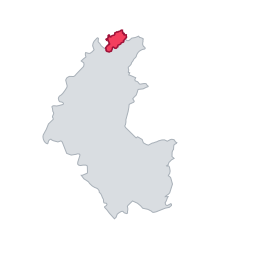 Lola, Lola, Guinea (highlighted), rotated 225°
{"feature_id": "49546643B14657084308206", "entity_name": "Lola", "entity_type": "district", "adm_level": 2, "iso_a3": "GIN", "parent_name": "Guinea", "parent_adm1": "Lola", "projection": "natural_earth1", "projection_center": [-8.248, 8.016], "detail": "fine", "context": "in_parent", "style": "filled", "palette": "rose", "viewbox_px": 256, "rotation_deg": 225, "n_neighbors": 0, "source": "geoboundaries", "source_scale": "gbopen_adm2", "svg_char_len": 6375}
<svg xmlns="http://www.w3.org/2000/svg" viewBox="0 0 256 256"><g transform="rotate(225 128 128)"><path d="M153.0,167.5L151.2,167.2L150.4,167.6L148.1,170.8L146.6,172.1L144.4,171.7L143.6,171.9L143.0,171.5L143.8,169.8L145.0,166.3L147.9,162.7L148.0,162.0L146.8,159.9L145.5,157.1L145.5,154.1L145.3,152.0L142.7,151.4L142.3,151.0L142.2,150.3L143.6,146.5L143.8,145.7L143.6,145.1L142.0,143.2L139.5,139.6L135.3,132.3L133.7,130.8L132.2,128.6L131.7,127.1L130.1,126.6L115.3,126.7L115.0,128.6L109.9,129.9L106.7,128.4L103.3,129.3L101.5,130.3L100.2,134.5L99.5,135.4L98.7,137.3L98.0,138.4L97.3,140.5L95.6,143.5L93.8,145.4L90.9,146.4L89.9,149.6L89.2,150.8L88.1,151.7L86.9,152.3L84.4,151.7L83.1,152.2L82.9,151.4L83.6,149.0L83.0,147.7L80.7,145.1L80.5,143.8L79.8,142.2L76.7,138.9L73.9,139.1L74.7,136.3L74.7,132.6L73.7,130.6L74.0,128.5L73.4,128.6L72.5,130.0L70.9,129.6L67.8,127.4L66.3,125.2L66.1,123.4L65.7,122.7L64.8,123.1L62.8,123.1L56.9,119.8L52.7,111.7L52.6,109.8L53.2,106.7L53.1,105.8L51.1,107.9L50.8,106.5L49.3,103.2L48.9,101.4L47.4,100.5L46.3,100.4L45.4,101.0L44.2,104.8L43.4,104.8L42.5,104.0L42.7,101.1L45.0,97.6L48.9,88.5L50.2,86.5L51.1,85.8L52.9,85.7L56.5,84.5L60.8,81.7L64.1,81.9L68.1,81.5L73.2,79.6L73.3,73.5L73.1,72.2L71.3,71.0L70.2,69.9L69.3,68.6L68.2,67.6L68.3,66.6L70.6,65.4L72.6,65.4L73.3,64.9L73.8,64.0L74.4,61.8L74.7,59.5L73.3,56.4L73.4,54.2L80.9,54.6L85.0,55.2L88.4,55.3L88.9,55.8L88.4,58.0L88.9,59.2L90.0,59.5L91.9,58.1L92.9,58.4L95.0,60.2L96.9,60.7L99.0,61.7L101.0,62.3L102.8,62.2L104.2,63.3L106.7,63.6L109.9,62.3L112.4,61.7L116.0,61.6L117.9,62.0L123.3,60.9L127.6,61.5L126.9,62.2L124.9,67.1L125.2,67.9L129.5,72.0L130.5,72.4L131.7,71.8L133.6,69.9L135.1,67.8L136.5,66.9L138.1,66.9L139.4,68.4L142.5,74.4L143.3,75.2L144.0,75.2L145.4,74.1L146.1,72.7L149.0,68.7L153.4,66.7L163.9,71.3L165.4,71.7L166.4,71.3L167.7,68.6L171.6,66.3L173.5,65.6L174.6,65.6L175.0,64.8L175.2,63.7L175.0,62.6L173.8,60.5L173.8,59.9L174.5,59.5L176.0,59.2L177.9,59.4L180.1,60.3L181.9,61.6L183.0,63.1L184.9,69.5L187.1,74.6L187.0,81.3L188.0,82.0L189.1,82.3L189.6,82.8L190.7,85.6L191.7,86.4L192.9,86.6L195.2,88.4L196.7,89.1L196.9,89.6L196.8,90.3L196.2,91.3L194.0,93.1L192.9,94.7L190.7,98.5L190.6,99.2L191.1,99.8L192.0,99.9L193.0,99.6L195.1,98.2L196.7,98.7L198.3,99.8L198.8,100.9L199.0,102.3L198.6,104.2L198.6,106.3L199.1,109.8L199.9,113.4L200.7,114.7L205.9,117.8L206.4,119.0L206.7,120.3L206.3,122.1L205.8,123.2L202.9,125.9L202.5,127.3L202.7,129.7L202.9,140.2L204.1,141.9L205.4,142.8L208.5,142.3L208.4,145.2L208.0,148.5L209.8,149.5L210.8,150.5L211.3,151.4L208.4,153.1L207.6,154.1L207.2,156.8L207.3,159.3L211.1,161.1L212.6,163.2L213.3,165.4L213.5,169.5L213.2,170.4L212.2,170.4L210.2,167.9L207.2,167.7L205.0,167.2L201.2,167.5L200.6,168.3L200.2,173.7L201.1,174.6L202.8,175.7L204.0,176.1L205.0,176.0L205.7,176.7L205.9,178.5L205.4,179.8L204.4,181.0L203.2,184.2L203.4,187.0L201.3,191.7L200.7,192.6L197.9,191.6L196.1,191.3L194.8,192.5L193.0,190.7L192.7,189.3L192.0,189.0L190.8,189.0L189.6,189.8L189.1,191.2L188.9,194.2L186.9,197.0L185.4,200.5L183.8,200.2L183.4,200.6L181.6,201.5L180.1,201.8L179.7,200.8L178.8,200.1L177.8,198.6L176.7,197.4L174.6,196.6L173.7,196.9L172.7,196.8L172.1,196.4L172.1,195.6L173.3,193.8L173.9,192.1L174.3,190.3L174.3,188.6L173.7,186.1L172.7,184.2L172.5,183.1L172.6,181.5L172.4,180.0L172.0,179.2L171.6,176.3L171.0,175.8L170.7,173.6L170.8,171.2L170.0,170.4L168.7,169.7L167.9,168.8L167.4,167.8L167.0,167.5L166.6,167.6L166.2,168.2L165.8,168.3L165.0,166.1L164.7,166.1L164.1,166.6L158.1,169.0L157.3,166.9L156.2,166.5L154.2,167.4L153.0,167.5Z" fill="#d9dde1" stroke="#a8b0b8" stroke-width="1"/><path d="M195.3,173.2L195.8,173.7L195.8,174.0L195.9,174.3L195.7,174.8L195.4,174.9L194.9,175.0L194.6,175.1L194.3,175.2L193.7,175.1L193.4,175.5L193.1,175.6L192.9,175.8L192.8,176.1L192.7,176.4L192.7,176.7L192.8,177.0L192.9,177.4L192.9,177.5L192.8,177.8L192.6,178.2L192.7,178.4L193.0,178.5L193.4,179.0L193.5,179.3L193.6,179.8L193.3,180.2L192.9,181.0L192.8,181.5L192.7,182.0L192.6,182.4L192.7,182.7L192.9,183.1L193.0,183.4L192.9,183.7L192.8,183.9L192.7,184.1L192.6,184.4L192.5,184.5L192.1,185.2L192.0,185.6L192.1,186.1L192.3,186.3L192.7,186.4L193.0,186.6L193.0,187.1L192.9,187.5L193.0,188.7L193.0,188.8L193.1,189.1L193.2,189.3L193.2,190.0L193.0,190.7L193.0,190.8L193.2,191.0L193.4,191.3L194.8,192.2L194.9,192.3L195.1,192.6L195.9,191.8L196.4,191.2L196.7,191.1L196.8,191.1L197.0,191.1L197.2,191.5L197.3,191.6L197.3,192.0L197.5,192.1L197.8,192.1L198.1,192.0L198.6,191.4L198.8,191.4L199.1,191.4L199.2,191.5L199.2,191.8L199.3,191.9L199.4,192.0L200.1,192.3L200.6,192.7L200.8,192.7L201.1,193.2L201.3,193.1L201.6,192.9L201.8,192.6L201.9,192.3L202.0,192.1L202.1,191.9L202.1,191.1L202.1,190.9L202.5,190.2L202.8,189.9L202.8,189.6L202.9,189.1L202.9,188.9L203.1,188.6L203.2,188.4L203.5,188.3L203.8,188.3L203.9,188.1L204.0,187.7L204.0,187.3L204.1,186.8L204.5,186.3L204.5,186.0L204.5,185.8L204.4,185.7L204.2,185.5L203.5,184.8L203.4,184.5L203.4,184.4L203.4,184.1L203.6,183.7L203.9,183.3L204.1,182.9L204.4,182.2L204.6,181.7L204.7,181.4L204.9,180.6L204.6,180.3L204.7,180.2L204.8,180.0L205.0,179.8L205.2,179.7L205.3,179.7L205.4,179.8L205.5,179.7L205.9,179.7L206.0,179.5L206.4,179.6L206.3,180.1L206.5,180.3L206.8,180.1L207.1,180.2L207.1,180.3L207.3,180.4L207.4,180.2L207.4,179.9L207.4,179.5L207.4,179.4L207.2,179.4L206.8,178.9L206.6,178.4L206.4,178.4L206.3,178.2L205.9,178.0L205.8,177.9L205.9,177.5L205.8,177.4L205.8,177.2L205.9,176.7L205.9,176.3L205.9,176.2L206.1,175.9L206.3,175.6L206.3,175.4L206.2,175.2L206.0,175.3L205.8,175.4L205.7,175.5L205.5,175.4L205.3,175.1L205.2,175.0L204.9,175.7L204.9,175.8L204.6,176.1L204.1,176.1L203.9,175.9L203.7,175.7L203.2,175.3L202.2,175.3L201.9,175.2L201.7,175.0L201.3,174.4L201.0,174.3L200.9,174.3L200.8,174.5L200.6,174.4L200.4,174.4L200.4,174.2L200.3,173.9L200.3,173.7L200.6,173.4L200.7,173.2L200.8,173.0L200.7,172.8L200.7,172.7L200.8,172.5L200.6,171.9L200.6,171.7L200.8,171.3L200.8,171.2L200.9,170.9L200.8,170.5L200.6,169.9L200.6,169.6L200.6,169.4L200.5,169.0L200.5,168.9L200.4,168.6L200.2,168.6L199.8,168.6L199.6,168.5L199.4,168.1L199.0,168.1L198.7,167.9L198.6,167.6L198.4,167.3L198.2,167.2L197.8,167.4L197.4,167.2L197.0,167.3L196.7,167.6L196.2,167.8L195.8,168.0L195.3,168.3L195.0,168.5L194.8,169.0L194.7,169.7L194.6,169.9L194.5,170.1L194.3,170.2L194.1,170.6L194.2,170.8L194.4,171.2L194.6,171.6L194.8,172.2L195.0,172.7L195.3,173.2Z" fill="#f43f5e" stroke="#9f1239" stroke-width="1.5"/></g></svg>